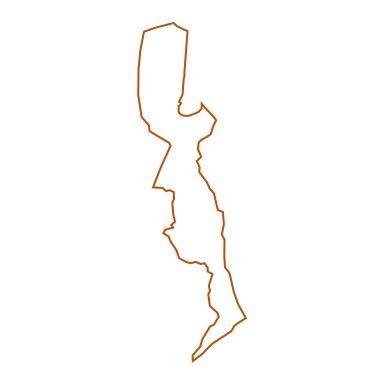 Jefferson, Louisiana, United States of America (Mercator projection)
{"feature_id": "52423323B43258201859657", "entity_name": "Jefferson", "entity_type": "district", "adm_level": 2, "iso_a3": "USA", "parent_name": "United States of America", "parent_adm1": "Louisiana", "projection": "mercator", "projection_center": [-90.097, 29.677], "detail": "fine", "context": "isolated", "style": "outline", "palette": "amber", "viewbox_px": 384, "rotation_deg": 0, "n_neighbors": 0, "source": "geoboundaries", "source_scale": "gbopen_adm2", "svg_char_len": 1523}
<svg xmlns="http://www.w3.org/2000/svg" viewBox="0 0 384 384"><path d="M153.1,187.4L162.6,187.9L165.9,191.1L169.7,190.2L173.8,192.2L174.0,198.8L172.3,202.5L173.3,214.6L175.0,221.7L171.3,225.0L173.1,227.6L165.1,229.8L163.4,233.2L168.6,236.5L170.8,241.9L176.6,250.5L179.1,258.1L185.8,261.9L191.2,263.3L195.4,261.8L200.8,264.0L204.4,263.2L207.7,267.7L207.7,271.5L212.5,274.1L208.9,285.7L210.0,291.0L208.3,293.9L209.8,305.8L217.5,312.9L218.7,316.8L213.9,324.8L210.1,326.4L202.4,339.1L200.2,346.7L192.6,355.4L192.8,361.0L195.7,358.9L201.7,354.4L212.1,343.8L230.9,331.5L232.5,329.2L233.5,327.3L234.4,325.6L245.8,318.0L238.3,304.6L233.7,291.6L229.6,273.4L224.9,267.2L224.3,255.3L224.5,239.5L221.7,234.5L223.9,224.2L222.9,212.0L217.8,210.0L213.9,193.2L210.0,189.0L206.8,182.1L199.2,172.0L199.6,167.3L196.8,161.1L199.1,158.9L201.2,156.8L197.9,149.2L198.8,142.3L201.8,139.6L206.7,136.9L210.6,134.4L213.3,125.9L216.1,120.3L214.3,117.8L213.2,116.5L211.9,115.1L204.0,106.5L202.9,105.3L201.7,103.8L201.7,104.6L201.8,105.9L201.5,108.8L198.7,111.8L194.5,113.8L187.8,116.0L183.5,115.6L182.0,115.2L178.8,112.6L178.6,110.6L178.7,106.1L179.9,104.8L181.1,103.4L179.0,101.8L179.4,100.9L181.0,97.7L181.9,96.2L182.4,94.9L182.7,93.8L182.7,92.6L183.2,85.7L183.8,78.0L184.5,75.9L184.3,73.7L187.5,31.2L177.0,26.2L173.7,23.0L155.4,27.7L144.0,31.7L140.4,50.1L138.5,69.5L138.4,78.0L138.4,83.5L138.2,94.8L138.4,96.3L141.7,117.2L148.8,125.2L149.7,131.3L168.9,142.7L170.6,145.7L160.5,168.1L153.1,187.4Z" fill="none" stroke="#b45309" stroke-width="2"/></svg>